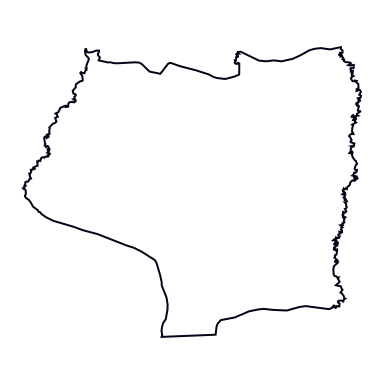 Prang Ku, Si Sa Ket, Thailand
{"feature_id": "78962969B23076564972122", "entity_name": "Prang Ku", "entity_type": "district", "adm_level": 2, "iso_a3": "THA", "parent_name": "Thailand", "parent_adm1": "Si Sa Ket", "projection": "mercator", "projection_center": [104.074, 14.846], "detail": "fine", "context": "isolated", "style": "outline", "palette": "ink", "viewbox_px": 384, "rotation_deg": 0, "n_neighbors": 0, "source": "geoboundaries", "source_scale": "gbopen_adm2", "svg_char_len": 5828}
<svg xmlns="http://www.w3.org/2000/svg" viewBox="0 0 384 384"><path d="M99.9,57.4L98.2,55.6L97.8,54.3L99.1,51.6L99.0,50.6L96.0,50.6L92.4,52.1L88.7,52.5L87.3,52.1L86.6,51.1L86.2,49.1L85.4,49.1L85.0,51.1L85.6,54.9L88.7,58.3L88.8,59.4L86.4,65.5L86.5,68.0L85.7,68.1L85.8,69.1L86.6,69.6L86.5,70.0L85.7,70.2L84.3,73.3L81.6,72.7L81.1,72.1L80.3,73.1L82.2,75.8L82.8,80.3L81.9,81.1L80.3,81.2L76.1,84.1L75.7,85.0L75.8,87.3L72.7,90.7L73.4,93.6L75.2,94.1L75.8,94.8L75.7,95.7L74.3,96.8L74.8,98.7L73.2,99.2L74.8,100.4L75.7,100.5L75.7,101.0L74.4,102.3L71.4,101.9L69.2,102.4L68.3,103.8L68.2,106.6L65.8,107.0L66.0,105.8L65.4,105.7L60.4,107.8L58.4,112.1L55.5,113.5L57.2,114.9L57.1,115.9L57.8,116.8L55.1,118.0L56.5,121.6L54.8,123.1L52.9,123.7L49.3,127.5L49.7,128.4L49.2,131.6L49.6,133.7L46.9,134.6L47.3,135.8L48.5,135.7L48.6,136.9L46.7,138.0L46.1,136.5L45.4,136.4L44.2,137.4L44.9,143.1L45.4,143.9L44.7,145.4L46.1,147.1L47.2,146.0L48.2,146.4L49.6,149.4L48.8,150.1L48.2,148.8L47.7,149.0L47.7,150.2L48.8,151.2L47.3,152.6L49.8,153.5L49.9,153.9L47.9,155.0L48.6,155.9L48.0,156.6L45.3,156.7L44.3,157.7L43.1,157.2L41.8,157.6L41.0,158.5L40.3,161.0L38.6,160.6L38.0,161.7L37.2,161.5L37.6,165.6L33.5,167.4L34.7,168.8L33.6,169.2L33.6,168.6L33.0,168.6L31.6,170.0L30.8,169.9L31.2,172.0L30.3,173.3L29.3,173.6L29.9,174.6L29.6,175.7L31.0,178.5L29.4,179.0L29.0,180.4L27.7,181.7L26.2,181.7L25.2,182.3L25.4,183.9L24.8,184.9L25.6,185.7L24.2,186.2L24.4,187.8L23.0,188.2L23.4,188.9L24.7,189.2L25.8,190.7L25.8,194.2L24.9,195.7L25.1,196.6L26.1,198.1L28.6,199.7L30.8,202.5L33.0,206.6L37.8,210.2L38.6,211.8L40.1,212.2L41.4,213.9L45.8,217.1L53.2,220.8L73.3,226.7L82.9,230.2L97.6,234.1L126.6,245.5L133.7,247.7L141.5,251.6L154.6,259.9L156.0,261.8L157.0,264.5L160.3,275.8L161.7,282.4L161.8,285.7L166.5,297.5L167.6,304.4L167.5,309.5L165.8,319.1L163.2,323.0L162.1,326.6L161.5,330.8L162.2,335.1L161.6,336.9L215.6,334.7L216.6,326.3L217.7,323.6L220.8,320.1L234.6,317.5L249.1,311.3L258.5,309.4L263.5,308.9L273.2,309.9L286.9,310.5L299.4,307.0L305.7,306.1L328.6,309.1L330.1,308.8L332.7,307.4L332.7,306.6L334.0,305.5L334.5,305.7L334.6,307.3L335.5,307.9L336.3,307.5L336.7,306.1L339.3,306.4L339.6,303.6L337.9,302.3L338.3,300.9L341.2,300.5L343.3,301.5L343.8,299.4L345.0,298.7L344.4,298.5L343.7,295.9L341.6,293.1L340.5,292.6L342.5,289.8L341.4,288.3L340.9,286.4L335.9,285.2L339.7,281.8L337.9,278.8L338.6,277.5L337.4,277.7L336.5,276.5L334.7,276.0L333.7,274.6L333.3,269.6L333.9,266.2L337.7,262.8L336.2,261.9L335.1,261.9L335.2,261.0L336.8,260.6L337.5,261.3L337.9,260.9L334.4,257.5L335.1,256.7L334.9,255.4L336.4,254.6L337.0,251.6L336.1,250.5L337.2,250.2L337.0,249.4L335.8,250.0L335.1,248.8L334.4,249.8L333.9,249.6L334.0,247.5L337.3,245.5L337.7,244.0L337.3,243.8L336.7,245.0L335.7,245.4L334.1,244.1L335.1,243.0L337.6,243.1L337.9,242.6L336.7,241.5L335.8,239.5L335.3,239.8L336.0,240.7L335.4,241.7L335.0,240.6L333.2,240.3L334.6,239.0L336.2,238.6L336.1,237.4L338.1,238.1L339.0,237.9L339.7,236.5L339.0,236.5L338.2,234.9L338.9,234.0L341.1,233.3L339.6,233.0L339.4,231.8L341.6,232.5L342.1,232.1L341.9,230.3L341.0,229.8L341.3,227.9L342.5,227.4L340.4,225.3L342.7,225.1L342.2,224.5L342.4,223.4L343.1,223.5L344.4,222.3L343.7,221.5L344.4,219.4L343.3,217.7L344.8,217.7L345.3,217.3L343.3,216.3L342.5,215.0L343.5,214.3L342.9,212.8L343.2,211.8L345.2,212.6L346.3,211.4L344.9,208.9L346.2,208.4L346.8,206.8L346.1,205.9L346.1,203.9L344.8,202.4L345.7,202.4L347.0,201.4L345.8,199.5L345.2,200.1L344.7,200.0L344.5,198.4L343.7,197.6L345.0,196.8L344.4,196.0L345.2,194.7L342.4,194.3L342.9,193.8L344.8,193.9L345.0,192.6L343.0,191.4L342.7,190.6L343.7,188.5L344.5,189.5L345.6,188.5L346.8,189.1L347.3,187.1L349.8,185.0L350.3,182.4L352.2,180.6L352.8,180.3L354.4,180.9L355.1,180.3L354.1,177.5L354.9,177.3L356.7,179.1L357.6,178.3L356.6,176.4L352.4,175.5L353.5,174.6L354.1,172.7L355.2,173.0L356.8,171.4L356.9,169.9L355.4,170.0L354.6,168.8L355.6,165.5L357.0,163.8L355.9,161.0L354.4,159.7L352.5,156.9L352.0,154.8L352.6,152.9L352.3,151.6L351.8,151.5L350.8,153.4L349.4,153.1L350.4,151.8L350.9,150.2L350.7,148.9L351.3,147.4L352.7,146.8L351.2,146.2L353.9,145.5L354.4,143.5L350.7,142.2L350.6,141.1L351.6,140.1L350.0,136.9L349.1,136.0L350.0,134.7L351.9,133.9L353.5,134.1L353.3,133.2L352.1,132.3L352.2,128.4L353.1,125.4L352.1,124.7L356.0,122.6L355.0,122.0L355.4,119.7L354.1,120.3L353.1,120.0L354.0,118.6L353.0,116.4L351.8,116.8L351.9,116.0L353.2,115.1L353.6,116.2L355.8,117.9L355.5,116.2L358.0,115.6L356.9,115.0L356.9,113.9L360.2,111.6L360.0,111.1L358.7,111.3L357.8,110.6L358.9,106.2L357.6,106.0L357.7,104.5L356.9,105.1L356.0,104.0L357.0,102.7L358.6,102.0L358.5,100.7L359.4,101.2L360.1,100.8L359.3,98.9L358.2,99.0L357.8,98.3L360.6,97.6L361.0,95.7L359.2,94.8L360.9,91.8L360.1,90.2L359.3,89.9L356.5,90.9L356.6,89.3L358.5,88.1L358.3,84.0L356.2,82.2L356.8,81.0L354.8,80.5L353.9,81.4L352.5,81.1L350.9,78.5L351.4,77.3L353.4,76.1L352.0,75.6L351.6,73.9L351.7,73.2L352.7,73.4L352.9,70.9L350.9,71.4L351.0,70.2L350.3,68.8L350.6,68.2L353.5,68.1L353.9,67.2L353.5,65.9L353.9,65.1L353.1,64.8L351.0,65.6L348.4,65.1L350.8,63.6L350.8,63.0L349.5,62.4L345.6,62.1L343.9,61.1L344.1,59.8L342.6,59.3L343.4,58.3L342.3,56.9L342.1,55.8L340.7,56.4L341.0,54.5L340.6,54.4L339.9,55.4L339.1,54.8L340.1,52.7L341.2,53.2L342.6,52.6L342.5,50.4L340.8,49.1L340.9,47.1L330.3,49.4L320.6,48.1L314.1,48.9L309.1,50.4L300.6,55.2L292.8,58.8L281.7,61.3L273.9,60.4L266.0,61.3L259.0,60.6L240.6,51.7L237.8,52.0L237.5,52.9L238.7,53.7L236.7,53.8L236.3,54.3L238.0,56.0L238.1,56.6L237.6,56.9L236.8,56.2L236.0,57.5L235.9,60.2L234.8,60.4L235.5,61.7L234.7,62.6L234.8,63.2L236.9,64.0L238.1,62.8L239.3,63.6L239.2,74.5L234.5,76.6L225.2,79.0L217.0,78.0L213.8,77.1L208.7,74.4L196.2,70.4L180.1,66.2L171.0,63.0L169.5,63.0L168.0,63.9L160.3,73.8L149.6,71.6L141.4,63.7L138.8,62.6L135.5,62.3L117.0,63.3L113.5,63.1L110.7,62.3L107.8,62.4L98.7,60.4L99.9,57.4Z" fill="none" stroke="#020617" stroke-width="2"/></svg>